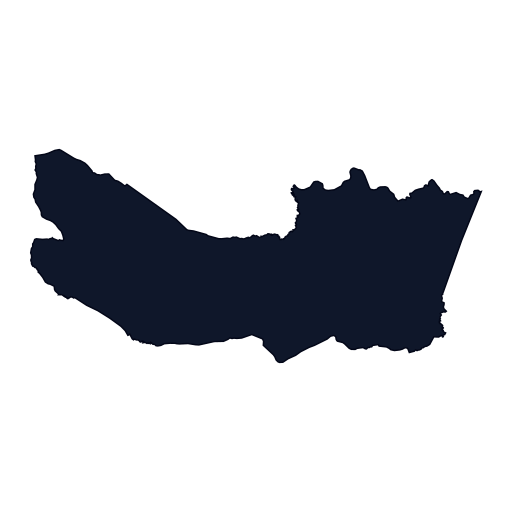 the district of Kaoh Nheaek, Môndól Kiri, Cambodia
{"feature_id": "14789045B36010441751176", "entity_name": "Kaoh Nheaek", "entity_type": "district", "adm_level": 2, "iso_a3": "KHM", "parent_name": "Cambodia", "parent_adm1": "Môndól Kiri", "projection": "albers", "projection_center": [106.949, 13.127], "detail": "fine", "context": "isolated", "style": "filled", "palette": "ink", "viewbox_px": 512, "rotation_deg": 0, "n_neighbors": 0, "source": "geoboundaries", "source_scale": "gbopen_adm2", "svg_char_len": 6022}
<svg xmlns="http://www.w3.org/2000/svg" viewBox="0 0 512 512"><path d="M127.9,335.3L129.0,334.8L129.5,334.0L129.8,334.1L132.2,338.8L133.5,339.8L134.2,339.1L136.5,339.9L137.8,339.9L139.2,340.6L139.7,341.6L140.5,342.0L141.5,341.4L141.8,341.8L142.7,341.8L142.6,341.1L143.0,341.1L143.9,341.6L143.2,342.7L145.1,342.4L147.0,343.4L147.9,342.8L148.1,343.2L149.2,343.5L150.5,342.4L150.8,343.5L151.5,342.8L152.8,344.2L154.9,344.5L156.0,345.7L157.8,345.9L160.8,345.4L164.3,343.7L170.0,343.2L175.8,343.3L176.1,343.6L179.3,343.9L188.0,343.5L195.5,344.7L198.9,344.9L214.2,341.5L223.5,341.3L227.8,339.4L229.8,337.9L232.0,338.5L233.9,338.1L236.8,338.4L241.7,338.0L251.8,334.5L262.6,338.9L263.6,341.3L263.3,345.3L273.4,354.7L274.8,356.7L276.2,360.0L278.0,361.8L279.5,362.4L282.9,362.2L288.1,358.7L295.6,355.3L300.6,351.7L309.2,347.3L314.5,345.3L327.2,339.0L330.5,336.2L333.3,335.5L334.3,335.6L335.8,336.8L336.2,339.4L336.9,340.7L337.6,341.2L342.8,342.5L344.6,343.8L349.2,348.3L351.3,349.3L355.1,349.4L357.2,348.3L362.5,347.6L363.2,347.6L365.3,348.8L366.5,348.9L367.8,347.5L369.3,347.5L369.9,347.0L371.7,346.8L372.6,345.4L378.2,344.6L379.1,346.1L386.5,346.9L389.3,348.4L390.8,349.7L394.4,350.5L399.7,349.9L402.4,349.1L405.0,347.7L406.5,347.9L407.3,348.2L408.0,349.0L409.3,352.5L414.3,351.2L415.6,349.8L417.0,350.6L418.7,349.9L419.5,349.9L421.1,349.1L421.9,347.8L423.0,347.8L424.8,346.5L426.9,346.1L429.7,344.4L433.8,336.8L438.7,337.0L441.2,335.5L442.0,335.8L442.5,336.9L442.9,336.9L443.3,336.6L443.0,336.0L443.3,334.8L444.6,334.7L445.6,332.9L443.9,332.1L443.2,331.3L443.2,330.4L442.3,330.2L442.2,329.1L443.3,327.9L443.2,327.7L442.2,327.7L442.6,325.4L440.5,323.5L439.8,323.5L439.3,322.6L439.7,322.1L439.3,321.3L440.5,320.8L439.6,319.3L440.3,318.7L439.9,318.0L440.2,316.5L441.3,315.0L440.2,313.7L440.6,313.0L443.2,311.9L445.4,312.0L446.3,311.2L444.0,308.9L443.5,307.6L443.4,306.6L444.0,304.8L444.1,302.9L441.5,301.6L442.2,298.1L441.6,296.3L441.7,294.9L442.8,294.1L442.7,292.8L443.2,292.2L461.7,240.1L481.3,191.5L479.8,191.9L478.6,190.5L477.7,190.3L474.7,190.6L473.8,191.6L474.0,193.2L473.6,194.3L470.6,195.2L468.9,198.1L467.6,198.6L464.2,197.1L462.9,195.1L459.8,194.5L456.1,192.6L450.4,194.4L449.4,194.0L448.4,191.8L447.2,191.6L444.9,193.8L443.9,194.0L443.2,193.5L442.4,191.5L440.2,190.0L439.4,188.2L436.9,185.3L433.9,181.0L432.1,179.7L431.5,179.8L429.3,181.7L428.7,183.4L428.5,185.8L427.8,186.0L427.0,185.2L425.6,185.0L424.5,185.8L424.0,187.4L423.4,188.1L418.6,189.2L415.3,190.3L411.8,193.2L410.0,193.4L409.8,194.2L410.9,197.1L410.7,197.8L409.7,197.9L407.0,197.0L406.2,197.8L406.2,199.6L405.6,199.9L402.5,199.2L398.0,201.2L394.6,197.3L393.7,194.3L389.7,191.2L387.8,188.0L386.7,187.2L385.2,186.8L380.2,187.0L378.3,187.8L377.0,189.3L374.0,190.0L370.4,189.3L369.3,187.6L364.7,175.7L362.3,171.1L360.0,169.8L358.5,169.8L354.4,168.2L353.2,168.1L351.2,169.4L350.2,171.2L350.0,172.2L350.9,175.9L350.8,177.5L350.2,179.1L349.2,179.9L344.6,181.3L343.3,182.4L341.5,185.9L334.3,189.8L328.3,190.5L325.4,190.1L323.0,188.3L322.8,185.3L322.3,183.8L317.9,181.4L315.5,181.5L313.8,182.0L310.3,187.1L304.3,189.7L301.6,189.8L298.7,189.0L296.3,187.2L294.9,185.4L294.2,185.0L293.2,186.3L293.5,186.9L294.4,187.5L294.5,188.1L293.6,188.6L291.7,188.5L291.4,189.1L291.4,189.8L293.1,191.5L293.2,192.2L291.3,192.9L291.6,193.5L293.4,193.3L294.2,194.4L294.2,195.0L293.0,194.6L292.5,194.9L293.6,195.8L294.2,196.9L295.6,196.8L295.1,199.2L295.5,200.6L297.1,201.9L297.3,201.0L297.8,202.1L298.6,202.7L297.9,205.6L298.2,206.2L297.5,207.6L299.2,209.6L298.0,209.1L297.2,209.8L297.6,210.7L299.2,211.9L299.9,213.9L298.5,215.4L297.3,215.4L297.2,216.1L298.1,216.3L298.2,216.8L297.0,218.0L296.0,218.4L296.7,220.4L296.1,222.2L295.4,222.8L295.7,223.7L296.4,223.9L296.5,224.3L296.3,225.1L295.5,225.4L296.4,227.5L294.5,229.8L293.0,229.8L293.1,230.9L292.5,231.7L291.2,231.2L289.2,232.5L289.1,233.8L288.0,234.5L287.6,236.1L286.4,236.1L285.0,237.2L284.8,238.3L283.9,238.6L284.1,238.9L283.6,239.4L281.5,239.1L281.1,239.1L280.9,239.6L279.8,239.5L279.4,238.3L279.6,237.4L279.0,237.2L279.0,236.4L278.6,236.1L277.7,236.1L277.9,235.0L277.5,234.7L276.4,234.7L274.7,234.1L273.1,234.5L272.7,235.1L271.9,234.5L271.8,235.3L271.2,235.3L270.9,234.6L270.1,234.1L268.3,233.8L267.8,233.8L266.8,234.9L265.0,235.1L262.3,236.5L261.2,236.3L261.3,236.9L259.3,237.5L256.6,235.7L255.2,236.1L253.4,235.2L252.1,235.8L251.7,236.6L249.2,237.9L248.6,237.9L248.1,237.3L247.6,237.9L246.2,237.9L245.5,238.5L243.1,239.0L241.9,238.5L239.9,238.7L236.4,237.1L234.8,237.4L233.0,237.1L230.2,238.6L227.2,238.2L221.4,238.8L218.6,238.7L207.9,235.8L206.2,234.5L193.6,231.0L188.2,230.3L186.8,229.7L175.9,219.3L126.9,184.4L125.4,185.7L124.3,185.7L121.4,183.4L117.9,181.2L114.7,180.3L108.8,174.0L104.7,174.1L100.1,175.2L99.2,174.8L96.8,174.6L94.6,173.0L93.2,172.9L92.3,172.2L92.0,171.0L87.4,165.5L84.9,163.2L80.2,160.6L76.5,159.5L73.8,158.2L61.1,150.4L59.3,149.6L54.9,150.4L48.4,153.2L44.7,154.3L35.0,155.8L35.5,159.8L35.3,161.6L36.3,163.9L35.7,166.4L35.9,168.4L35.1,170.0L36.4,172.0L36.3,173.7L37.5,177.4L36.8,180.1L35.0,184.4L35.0,189.8L33.4,194.1L33.9,197.3L35.1,199.1L35.7,202.1L38.7,206.6L40.7,210.5L41.3,212.2L41.4,214.9L42.3,216.7L46.5,219.1L50.4,220.5L53.0,222.0L55.8,224.6L58.7,228.6L61.4,231.3L62.9,235.3L63.8,239.2L63.1,240.5L60.5,240.3L59.7,239.8L58.2,240.6L53.2,238.6L52.3,237.8L52.0,238.4L50.0,238.7L48.8,239.4L46.9,239.1L42.5,239.4L36.3,238.8L34.7,239.5L33.6,242.7L32.7,243.9L32.7,246.8L31.5,248.4L30.7,252.9L31.5,255.0L31.6,257.9L30.8,260.0L31.3,262.0L31.8,262.5L31.5,263.7L32.7,266.1L33.6,266.2L35.0,267.5L36.1,267.7L37.0,269.2L37.4,269.2L37.5,270.0L38.5,270.6L38.1,272.0L39.8,273.5L42.8,277.4L45.4,282.0L48.2,283.8L50.2,284.2L54.2,286.2L54.6,289.6L55.3,291.0L58.2,293.6L58.7,294.4L58.5,294.7L62.0,294.7L63.3,295.7L63.6,295.6L63.7,296.0L64.3,295.8L64.6,296.5L65.3,296.5L65.4,297.2L66.5,297.2L66.9,298.1L67.5,298.6L67.9,298.6L67.9,298.2L68.9,298.1L70.4,297.0L72.2,297.0L73.6,298.0L74.9,297.6L86.7,305.3L97.9,310.7L109.7,318.1L121.0,326.3L125.2,330.6L127.9,335.3Z" fill="#0f172a" stroke="#020617" stroke-width="1.5"/></svg>